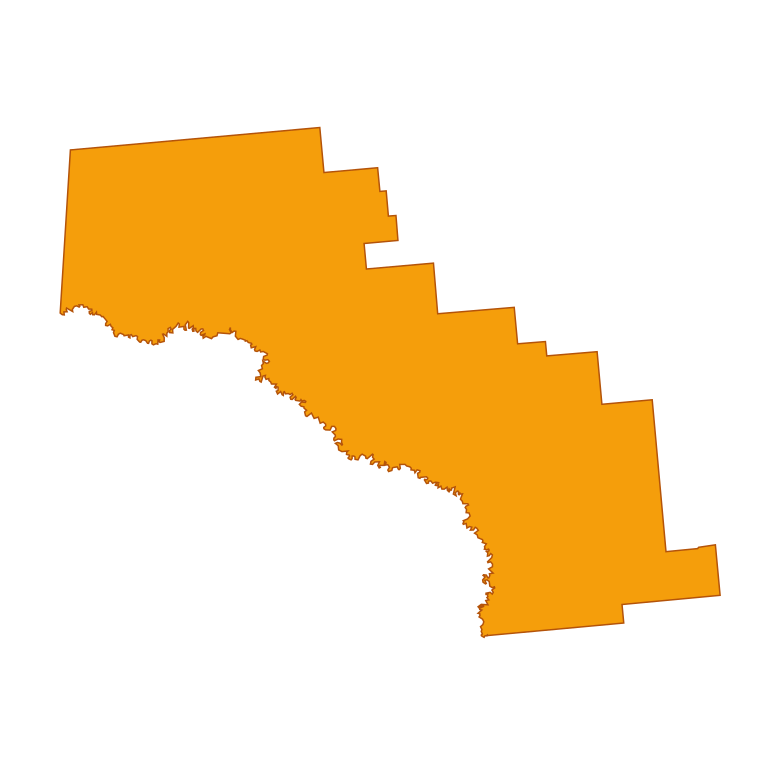 outline of Aguirre, Santiago del Estero, Argentina, rotated 175°
{"feature_id": "61730980B73101966705720", "entity_name": "Aguirre", "entity_type": "district", "adm_level": 2, "iso_a3": "ARG", "parent_name": "Argentina", "parent_adm1": "Santiago del Estero", "projection": "orthographic", "projection_center": [-62.375, -29.263], "detail": "fine", "context": "isolated", "style": "filled", "palette": "amber", "viewbox_px": 768, "rotation_deg": 175, "n_neighbors": 0, "source": "geoboundaries", "source_scale": "gbopen_adm2", "svg_char_len": 6167}
<svg xmlns="http://www.w3.org/2000/svg" viewBox="0 0 768 768"><g transform="rotate(175 384 384)"><path d="M302.2,124.4L166.0,125.0L166.1,143.6L67.6,144.2L67.9,194.9L84.8,193.9L85.9,192.7L117.7,192.4L118.2,344.9L168.7,344.8L168.9,397.6L219.4,397.8L219.5,412.2L247.4,412.4L247.6,449.0L324.4,449.3L324.2,500.1L391.5,500.1L391.6,525.7L357.6,525.8L357.4,550.8L365.0,550.9L365.0,576.2L371.3,576.2L371.5,600.0L425.4,599.9L425.6,645.1L676.0,644.5L700.4,482.9L698.5,481.1L696.5,480.7L696.6,483.7L693.4,483.6L694.1,485.8L693.6,487.3L687.8,483.3L688.0,485.4L685.6,488.3L683.3,488.6L681.0,487.2L680.3,487.9L680.9,489.4L677.1,489.2L676.4,486.6L673.0,486.9L671.7,484.4L668.6,484.0L668.6,482.6L671.3,482.0L671.4,480.2L670.5,479.0L668.2,480.5L668.1,478.4L666.4,478.2L664.2,480.6L664.2,478.4L660.7,477.5L659.2,475.6L657.9,475.7L654.4,470.5L656.0,468.4L656.2,466.6L654.3,466.0L651.4,467.3L650.8,465.2L649.2,463.6L650.2,461.8L648.0,460.9L649.0,458.8L647.9,455.0L645.8,454.3L644.2,456.8L642.2,457.6L639.1,455.9L638.7,454.7L634.4,455.1L634.4,452.9L633.1,452.1L632.8,454.9L631.4,455.2L630.2,453.1L626.8,453.8L625.4,452.8L626.0,450.0L623.8,447.1L622.7,446.8L621.3,448.7L619.7,449.0L617.6,448.0L616.0,445.2L615.0,445.0L614.0,447.2L612.4,448.0L611.4,447.3L611.7,444.3L610.3,443.1L607.6,444.0L605.9,443.4L605.3,447.6L603.7,447.4L604.3,445.7L603.5,444.9L599.3,445.6L598.9,449.3L600.2,452.9L599.3,453.1L596.2,450.5L595.9,453.6L594.5,454.8L594.3,458.0L591.9,459.0L591.3,457.3L592.8,456.1L593.0,453.9L589.9,453.3L589.9,456.8L586.1,459.6L583.7,462.7L582.6,461.6L583.3,458.5L578.3,458.8L578.5,455.9L577.5,454.9L576.2,454.9L576.8,460.3L574.1,463.5L573.2,462.2L573.8,456.8L573.1,456.4L569.0,458.7L569.0,456.8L570.3,455.4L569.9,453.2L568.7,453.2L568.5,455.4L567.6,455.9L566.7,455.8L566.7,453.3L565.2,451.7L561.3,454.8L559.7,454.7L559.1,453.1L562.2,451.4L562.6,449.2L561.9,448.4L558.0,449.6L558.4,448.5L560.2,447.8L560.1,445.4L557.2,447.0L551.9,444.2L550.1,445.9L546.2,446.6L545.1,449.5L533.2,447.5L531.8,448.4L533.2,451.7L532.1,453.7L532.3,451.4L530.7,448.6L528.7,449.8L527.0,449.4L527.9,444.6L525.5,441.1L523.2,441.9L521.1,441.1L518.4,439.7L518.4,438.8L516.8,439.1L515.6,437.2L512.5,436.1L512.2,435.1L513.5,434.4L513.1,431.6L508.5,432.4L510.0,429.5L509.5,428.1L507.6,427.5L504.7,428.7L504.1,426.7L501.4,426.9L497.5,424.3L497.9,423.0L501.5,421.9L502.2,419.1L500.6,418.1L497.6,418.4L496.2,416.6L497.6,415.1L499.3,414.8L502.7,417.5L502.4,414.9L504.4,413.1L503.8,409.8L508.0,408.4L506.4,405.9L506.1,402.1L511.0,401.9L511.5,399.2L508.2,399.9L507.4,397.4L506.2,396.6L503.8,402.5L501.4,402.9L502.0,401.2L501.1,398.9L498.3,399.5L498.3,397.5L496.7,395.9L496.1,393.8L491.2,393.3L493.4,390.3L492.0,389.1L491.3,390.7L489.8,390.1L490.1,386.8L491.9,386.2L490.9,383.3L487.6,385.5L486.4,382.2L485.3,381.4L484.8,384.6L483.9,385.0L483.0,382.8L480.1,382.8L478.5,381.7L476.4,382.8L475.7,381.2L478.7,379.0L478.2,376.9L476.8,376.6L473.2,379.4L472.7,378.2L473.9,376.2L473.4,375.4L469.1,374.3L468.1,375.7L467.3,374.2L464.9,374.6L463.4,373.5L463.9,372.5L467.7,373.2L470.1,371.1L468.5,369.1L465.8,368.3L465.7,366.8L463.4,364.6L465.5,363.1L464.9,359.2L463.6,358.4L458.8,361.4L456.6,355.8L452.4,356.7L451.0,350.5L447.9,351.4L445.7,349.2L445.7,347.3L447.8,346.0L447.8,344.7L446.2,343.4L441.7,342.8L439.8,346.3L437.4,346.2L436.3,345.0L435.7,343.5L436.2,341.9L439.7,340.8L437.0,337.4L437.0,335.9L438.6,334.5L438.9,332.7L438.3,331.8L434.6,333.2L431.0,332.5L431.4,329.8L430.7,327.3L431.3,326.8L433.1,329.0L435.5,329.8L437.6,329.1L435.0,326.5L434.9,322.3L431.8,320.3L425.8,320.4L427.1,319.3L427.5,317.1L424.8,316.2L424.6,315.2L426.3,313.4L425.7,312.6L423.4,311.3L422.3,312.4L422.0,315.0L420.4,314.9L419.3,314.0L419.4,311.5L416.5,310.7L414.0,314.7L411.9,316.0L408.6,313.7L408.5,311.7L407.2,311.1L401.6,315.1L401.0,314.6L401.8,312.1L400.4,310.0L403.7,308.1L404.5,305.4L402.4,304.9L400.0,307.1L395.3,306.9L397.3,303.5L396.1,300.8L395.0,301.2L395.8,302.7L395.3,303.3L391.0,302.9L390.0,306.7L388.8,305.7L389.5,303.1L387.3,303.3L385.8,300.7L387.7,297.9L387.0,296.4L383.7,297.2L382.9,299.7L382.0,300.0L378.1,300.3L377.0,297.6L376.2,297.4L375.1,298.6L375.4,302.5L370.1,302.1L368.5,300.3L365.5,299.3L364.2,297.7L364.6,296.1L361.3,295.4L360.9,292.9L358.5,295.6L355.7,294.5L356.1,293.0L358.3,292.1L358.1,287.7L356.4,286.9L355.7,287.8L349.8,287.9L348.6,286.4L348.9,285.6L349.7,284.8L351.8,285.5L352.1,284.9L350.3,281.2L348.4,281.4L348.1,283.2L347.0,283.4L345.8,283.3L344.2,280.9L341.4,281.7L338.8,281.1L341.2,279.9L341.7,278.6L340.1,278.2L338.6,279.2L339.2,275.9L336.2,277.3L335.5,274.3L333.2,274.0L330.2,275.7L330.1,272.5L328.6,270.9L327.8,271.9L328.7,273.1L328.3,274.0L327.3,272.6L326.1,272.5L325.6,274.4L322.1,275.3L324.5,268.3L321.9,266.4L322.4,269.5L320.3,271.0L319.3,270.6L319.4,267.4L318.6,267.2L317.9,268.8L317.0,267.6L315.4,267.7L317.9,262.6L316.2,260.3L315.8,257.9L310.9,257.4L310.3,256.1L313.0,255.1L313.9,253.8L312.7,251.9L313.4,248.7L310.5,248.1L309.7,245.0L312.5,242.3L317.0,240.9L316.4,239.8L317.5,238.2L317.2,237.3L314.3,237.9L313.9,233.3L311.1,234.5L309.0,233.7L310.7,230.9L307.6,230.8L305.6,233.3L304.1,232.2L302.8,230.0L306.8,227.5L304.3,225.6L303.8,222.7L299.5,220.4L299.1,219.0L299.9,217.6L296.0,215.9L298.1,213.1L297.7,211.6L298.4,210.8L296.5,209.9L294.2,210.4L293.8,209.5L294.3,208.4L296.5,208.2L295.3,206.8L296.0,203.5L294.0,203.9L292.5,205.8L290.9,204.3L291.8,201.7L296.3,197.9L296.0,197.0L293.3,197.6L291.6,195.2L291.9,192.5L295.9,190.7L291.8,186.1L295.5,185.8L295.3,183.9L296.5,181.7L297.5,181.9L298.7,184.7L301.4,185.3L302.0,184.7L300.1,183.0L302.8,180.2L302.6,177.9L300.3,176.0L299.5,176.4L300.6,179.6L298.5,179.9L296.4,178.1L296.2,173.4L293.9,171.7L291.7,172.3L291.5,171.2L294.5,169.3L293.3,167.0L294.5,165.3L296.4,167.2L300.6,166.7L300.7,165.6L298.7,165.8L299.4,164.4L299.0,163.1L300.1,162.3L298.4,159.8L301.5,159.4L299.7,155.0L306.3,156.0L309.7,153.9L308.9,152.8L307.3,154.2L304.2,154.5L304.2,153.7L308.4,152.3L308.3,151.1L306.3,150.3L310.3,147.4L308.6,146.8L308.6,144.9L309.6,143.7L306.3,141.1L305.3,138.4L306.5,135.7L309.0,133.9L307.9,130.9L308.7,129.0L307.8,126.4L309.0,125.4L308.8,124.6L306.4,122.9L305.2,124.5L303.4,124.1L302.9,125.1L302.2,124.4Z" fill="#f59e0b" stroke="#b45309" stroke-width="1.5"/></g></svg>